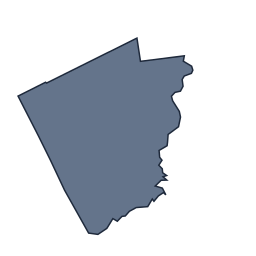 Chariton, Missouri, United States of America, rotated 242°
{"feature_id": "52423323B63120007754805", "entity_name": "Chariton", "entity_type": "district", "adm_level": 2, "iso_a3": "USA", "parent_name": "United States of America", "parent_adm1": "Missouri", "projection": "equal_earth", "projection_center": [-93.062, 39.464], "detail": "fine", "context": "isolated", "style": "filled", "palette": "slate", "viewbox_px": 256, "rotation_deg": 242, "n_neighbors": 0, "source": "geoboundaries", "source_scale": "gbopen_adm2", "svg_char_len": 798}
<svg xmlns="http://www.w3.org/2000/svg" viewBox="0 0 256 256"><g transform="rotate(242 128 128)"><path d="M207.1,76.7L207.8,45.9L162.8,45.2L135.6,44.4L102.9,42.8L53.7,43.9L48.2,51.5L49.3,62.2L55.1,72.1L50.7,74.8L52.8,81.2L51.6,84.3L53.8,90.1L53.9,97.9L49.3,108.5L53.9,116.1L51.1,116.5L53.8,123.0L54.3,129.0L51.2,130.0L58.8,130.1L64.0,124.8L66.3,132.7L63.8,137.8L68.5,136.0L67.9,139.8L72.2,137.6L75.9,139.1L80.7,137.7L83.6,142.9L87.3,142.2L93.6,144.9L94.0,154.2L97.0,156.3L103.5,160.4L105.4,173.2L113.0,179.5L118.6,181.1L131.1,180.2L135.7,181.3L137.4,186.2L135.9,191.6L139.0,196.2L145.4,198.6L147.5,202.1L146.5,209.7L148.6,212.4L152.7,213.2L161.0,208.2L165.3,211.6L181.0,170.3L203.2,178.1L204.0,147.7L204.1,145.4L205.9,77.2L207.1,76.7Z" fill="#64748b" stroke="#1e293b" stroke-width="1.5"/></g></svg>